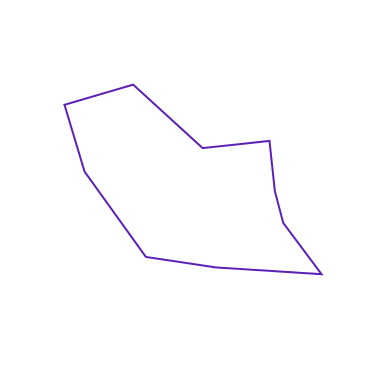 SVG path tracing the border of Cebu, rotated 292°
{"feature_id": "PHL-5522", "entity_name": "Cebu", "entity_type": "Highly Urbanized City", "adm_level": 1, "iso_a3": "PHL", "parent_name": "Philippines", "parent_adm1": "", "projection": "albers", "projection_center": [123.895, 10.342], "detail": "fine", "context": "isolated", "style": "outline", "palette": "violet", "viewbox_px": 384, "rotation_deg": 292, "n_neighbors": 0, "source": "natural_earth", "source_scale": "10m", "svg_char_len": 295}
<svg xmlns="http://www.w3.org/2000/svg" viewBox="0 0 384 384"><g transform="rotate(292 192 192)"><path d="M268.4,244.7L223.8,268.5L197.5,288.2L164.3,342.9L131.0,242.4L114.5,173.6L170.7,84.7L225.1,41.1L269.5,97.2L236.7,185.4L268.4,244.7Z" fill="none" stroke="#5b21b6" stroke-width="2"/></g></svg>